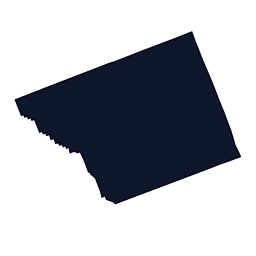 outline of Jackson, Oregon, United States of America, rotated 249°
{"feature_id": "52423323B54328460480389", "entity_name": "Jackson", "entity_type": "district", "adm_level": 2, "iso_a3": "USA", "parent_name": "United States of America", "parent_adm1": "Oregon", "projection": "orthographic", "projection_center": [-122.779, 42.5], "detail": "fine", "context": "isolated", "style": "filled", "palette": "ink", "viewbox_px": 256, "rotation_deg": 249, "n_neighbors": 0, "source": "geoboundaries", "source_scale": "gbopen_adm2", "svg_char_len": 969}
<svg xmlns="http://www.w3.org/2000/svg" viewBox="0 0 256 256"><g transform="rotate(249 128 128)"><path d="M61.1,222.6L66.6,222.3L71.9,221.8L73.2,221.6L82.0,222.4L84.6,222.5L87.5,222.8L102.2,222.9L109.0,223.0L111.5,222.9L122.3,222.7L134.6,222.7L145.7,222.5L164.7,221.8L179.3,221.7L182.1,221.5L194.7,221.8L194.5,199.0L194.7,168.1L194.5,147.8L194.5,139.2L194.9,132.7L194.8,71.6L194.6,33.0L178.1,33.1L178.1,35.6L175.3,35.6L175.3,38.4L172.6,38.4L172.6,41.2L169.8,41.2L169.8,43.9L155.8,44.1L155.8,46.9L153.1,46.9L153.1,49.6L150.3,49.5L150.3,52.4L145.0,52.2L145.0,55.2L139.5,55.3L139.5,58.0L136.7,58.0L136.7,60.8L134.0,60.8L134.0,63.5L131.2,63.5L131.2,66.3L125.8,65.2L125.8,69.4L123.1,72.1L123.1,74.9L114.9,75.6L106.6,75.6L101.1,75.5L101.1,76.9L98.4,76.8L95.6,78.4L92.9,79.8L78.5,79.8L72.9,79.1L73.0,82.5L69.0,82.5L64.7,87.8L62.0,89.2L61.9,118.0L61.8,128.7L61.6,166.7L61.6,167.8L61.5,175.3L61.5,198.8L61.1,222.6Z" fill="#0f172a" stroke="#020617" stroke-width="1.5"/></g></svg>